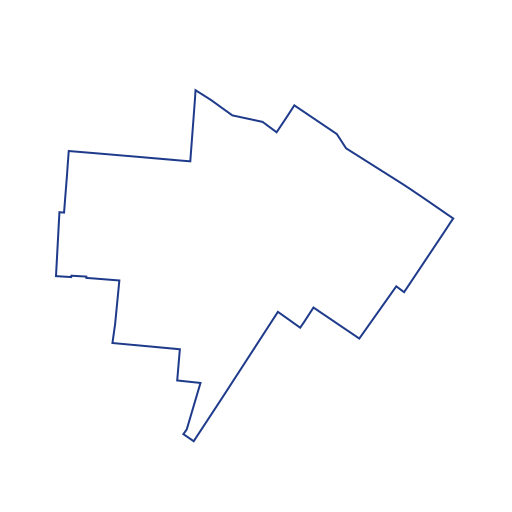 outline of Dolores, Buenos Aires, Argentina, rotated 261°
{"feature_id": "61730980B96971314093631", "entity_name": "Dolores", "entity_type": "district", "adm_level": 2, "iso_a3": "ARG", "parent_name": "Argentina", "parent_adm1": "Buenos Aires", "projection": "robinson", "projection_center": [-57.606, -36.418], "detail": "fine", "context": "isolated", "style": "outline", "palette": "blue", "viewbox_px": 512, "rotation_deg": 261, "n_neighbors": 0, "source": "geoboundaries", "source_scale": "gbopen_adm2", "svg_char_len": 820}
<svg xmlns="http://www.w3.org/2000/svg" viewBox="0 0 512 512"><g transform="rotate(261 256 256)"><path d="M259.1,453.7L262.2,456.7L266.8,451.8L275.3,442.9L290.1,427.3L302.6,413.8L348.3,361.8L363.8,354.9L398.8,317.4L389.6,309.2L375.0,295.7L387.4,283.5L398.6,254.6L409.0,244.1L416.7,236.4L422.1,230.3L429.2,222.2L420.3,220.2L403.3,216.2L359.8,205.9L361.5,198.8L382.5,114.0L388.8,88.2L389.0,87.5L388.7,87.4L387.8,87.2L376.4,84.5L365.1,81.9L345.2,77.1L328.9,73.2L330.0,68.7L267.4,55.3L264.1,70.2L265.4,70.6L262.2,85.2L260.9,85.0L258.9,93.5L253.2,117.2L210.8,106.2L192.5,100.6L175.8,166.2L145.4,158.7L139.3,181.3L95.6,160.5L91.4,156.4L82.8,165.5L122.2,201.3L197.4,268.9L178.3,288.4L183.1,293.0L196.1,304.7L158.3,345.1L204.1,389.8L197.1,396.6L250.4,445.8L259.1,453.7Z" fill="none" stroke="#1e3a8a" stroke-width="2"/></g></svg>